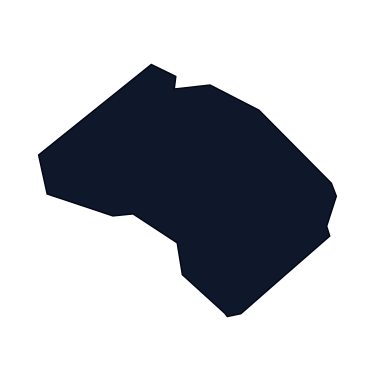 Taylor, West Virginia, United States of America (Equal Earth projection), rotated 231°
{"feature_id": "52423323B92810723022210", "entity_name": "Taylor", "entity_type": "district", "adm_level": 2, "iso_a3": "USA", "parent_name": "United States of America", "parent_adm1": "West Virginia", "projection": "equal_earth", "projection_center": [-80.076, 39.345], "detail": "fine", "context": "isolated", "style": "filled", "palette": "ink", "viewbox_px": 384, "rotation_deg": 231, "n_neighbors": 0, "source": "geoboundaries", "source_scale": "gbopen_adm2", "svg_char_len": 401}
<svg xmlns="http://www.w3.org/2000/svg" viewBox="0 0 384 384"><g transform="rotate(231 192 192)"><path d="M73.0,141.1L66.7,153.4L68.9,209.8L71.1,271.3L80.7,275.1L97.9,301.5L111.1,305.8L213.4,295.5L263.8,273.3L283.2,243.0L292.0,252.1L316.7,240.6L317.3,96.1L281.6,78.2L223.2,115.5L212.1,132.4L161.8,148.5L133.8,132.5L77.1,141.2L73.0,141.1Z" fill="#0f172a" stroke="#020617" stroke-width="1.5"/></g></svg>